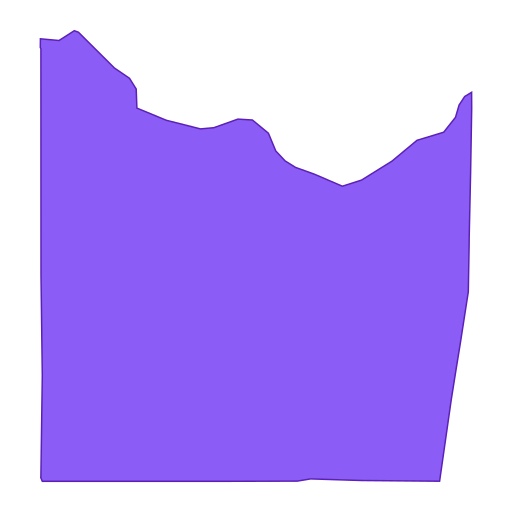 the district of Franklin, Missouri, United States of America
{"feature_id": "52423323B51911308321419", "entity_name": "Franklin", "entity_type": "district", "adm_level": 2, "iso_a3": "USA", "parent_name": "United States of America", "parent_adm1": "Missouri", "projection": "equal_earth", "projection_center": [-91.03, 38.456], "detail": "fine", "context": "isolated", "style": "filled", "palette": "violet", "viewbox_px": 512, "rotation_deg": 0, "n_neighbors": 0, "source": "geoboundaries", "source_scale": "gbopen_adm2", "svg_char_len": 686}
<svg xmlns="http://www.w3.org/2000/svg" viewBox="0 0 512 512"><path d="M225.3,481.3L297.4,481.1L310.6,478.9L361.3,480.5L439.6,481.2L451.3,399.4L456.2,368.6L460.3,343.4L468.3,291.8L469.1,246.5L469.2,237.1L470.6,173.0L471.7,108.3L471.6,92.3L464.7,96.5L459.1,105.0L455.5,117.3L443.7,132.2L417.0,140.3L392.0,161.1L361.5,180.1L342.3,186.2L314.4,174.2L295.5,167.4L285.1,160.9L275.8,151.0L268.4,133.2L252.4,120.0L237.9,119.1L213.8,127.7L200.5,128.9L166.4,120.3L136.9,108.1L136.2,89.0L129.5,78.3L114.4,68.0L78.4,32.2L74.3,30.7L59.0,40.5L40.4,38.8L40.3,47.5L40.9,48.7L41.0,275.1L42.3,375.7L40.9,476.2L40.8,477.7L42.3,481.3L225.3,481.3Z" fill="#8b5cf6" stroke="#5b21b6" stroke-width="1.5"/></svg>